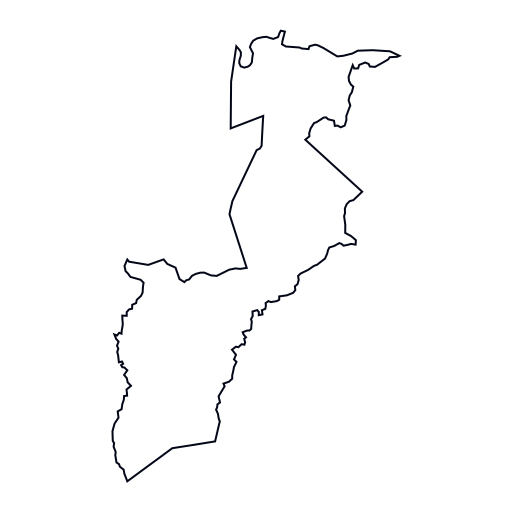 outline of Butiá, Rio Grande do Sul, Brazil
{"feature_id": "56859067B28463272232209", "entity_name": "Butiá", "entity_type": "district", "adm_level": 2, "iso_a3": "BRA", "parent_name": "Brazil", "parent_adm1": "Rio Grande do Sul", "projection": "natural_earth1", "projection_center": [-52.0, -30.187], "detail": "fine", "context": "isolated", "style": "outline", "palette": "ink", "viewbox_px": 512, "rotation_deg": 0, "n_neighbors": 0, "source": "geoboundaries", "source_scale": "gbopen_adm2", "svg_char_len": 3231}
<svg xmlns="http://www.w3.org/2000/svg" viewBox="0 0 512 512"><path d="M399.5,55.8L390.0,51.3L372.6,50.2L357.8,50.7L352.4,53.5L343.2,55.8L337.3,56.4L323.4,48.0L317.8,45.3L315.2,44.7L309.5,46.2L308.5,49.1L301.7,48.5L299.5,47.5L285.9,46.5L282.0,44.3L282.5,40.8L284.9,31.6L280.8,30.7L279.5,33.1L278.1,37.0L276.0,37.9L273.2,38.9L270.1,38.0L266.4,36.8L262.4,37.2L257.1,38.4L253.2,40.7L251.2,43.7L249.9,47.1L253.0,53.3L252.3,57.7L251.8,62.5L250.0,65.2L247.7,66.7L244.2,67.6L240.7,66.3L239.2,63.0L239.5,59.8L240.8,55.8L240.9,52.4L239.4,49.8L236.3,46.3L231.1,81.6L230.7,128.4L263.2,115.9L262.3,131.8L261.6,145.8L259.9,148.5L256.6,150.2L232.4,201.1L230.1,211.1L229.5,214.3L246.7,267.9L240.1,268.9L235.5,268.4L229.2,269.7L216.7,275.9L211.0,275.4L204.2,272.6L200.2,272.7L195.8,273.9L192.0,275.8L189.2,279.4L186.2,280.3L184.4,282.1L179.5,279.1L175.5,267.6L167.4,264.0L163.6,259.4L148.2,264.9L129.1,261.7L127.3,259.5L124.5,266.0L125.6,271.1L128.1,273.7L130.4,276.9L140.7,279.8L143.6,282.8L143.0,286.3L142.6,292.6L141.0,295.9L136.8,299.8L136.1,303.1L132.2,304.8L132.1,308.7L129.1,309.4L126.7,312.1L126.7,315.8L122.3,315.6L122.4,319.4L122.7,322.7L122.7,325.2L121.7,330.7L121.5,333.7L119.2,332.8L117.0,335.5L114.4,334.5L116.2,339.0L118.6,341.7L117.0,345.6L118.3,348.8L117.2,351.9L118.1,355.2L118.9,362.3L122.0,361.5L123.1,363.8L121.1,365.1L122.3,367.2L124.4,367.5L127.3,370.3L124.1,374.9L126.8,378.2L127.7,382.4L131.0,385.8L126.5,389.5L126.9,392.6L127.1,395.7L124.1,396.0L123.8,399.8L122.3,404.2L121.6,409.2L117.7,411.4L118.5,417.7L114.6,423.5L112.5,431.0L112.6,435.8L112.8,440.9L114.1,443.2L113.6,446.7L115.7,452.0L115.3,455.3L116.5,462.5L119.0,464.1L119.9,466.7L123.6,469.6L124.4,473.8L125.7,477.1L127.3,481.3L172.3,448.2L192.7,445.0L215.1,441.4L217.8,429.8L219.8,421.3L218.8,419.0L217.9,413.7L216.1,409.7L217.2,407.1L217.4,404.4L220.0,402.5L218.6,396.3L224.6,386.3L223.5,383.6L229.0,381.7L232.2,378.7L232.2,375.5L233.5,369.8L233.9,367.2L236.5,361.9L234.0,359.4L236.0,354.8L232.0,349.7L235.9,346.7L238.4,347.2L241.6,344.2L244.4,344.7L245.1,342.4L244.2,338.7L246.0,337.3L243.7,334.7L242.7,332.2L247.3,330.5L249.5,330.5L251.2,328.9L251.4,325.1L251.8,321.7L251.0,319.1L252.7,316.1L252.5,311.5L257.2,310.1L258.8,312.0L258.8,315.2L262.5,314.4L261.9,310.2L265.3,308.9L265.9,305.8L265.6,303.1L268.4,301.1L270.9,302.1L276.8,301.1L279.2,299.8L279.2,296.4L287.0,295.3L293.2,292.8L295.3,290.1L294.9,286.3L297.5,284.2L298.7,280.0L298.1,275.9L300.5,273.6L308.1,269.9L314.1,265.8L317.0,264.8L325.0,258.6L327.2,253.6L328.0,250.2L329.3,247.5L334.1,246.0L339.3,243.1L341.5,243.9L343.6,245.7L348.7,244.6L350.9,243.9L355.6,244.6L355.9,240.2L351.1,236.1L345.2,232.9L345.3,224.9L344.1,216.1L345.0,213.2L344.9,208.4L346.6,204.3L349.6,201.2L353.4,200.1L362.2,191.7L305.3,139.7L309.4,136.3L309.2,133.2L310.6,128.5L314.0,123.1L316.9,122.0L323.6,117.6L326.1,117.4L328.2,119.3L334.0,120.7L334.8,125.9L337.5,125.6L340.7,127.3L344.7,125.6L346.4,120.1L346.3,116.1L348.9,109.0L350.3,105.5L348.6,100.3L349.7,95.6L351.9,92.1L353.3,86.6L351.0,84.7L349.0,81.0L348.6,76.9L352.7,65.2L354.2,68.5L358.1,68.4L359.2,64.9L365.2,62.5L368.7,64.0L369.8,66.5L375.0,66.9L384.0,61.9L385.8,60.8L388.2,59.4L389.7,57.2L397.1,56.8L399.5,55.8Z" fill="none" stroke="#020617" stroke-width="2"/></svg>